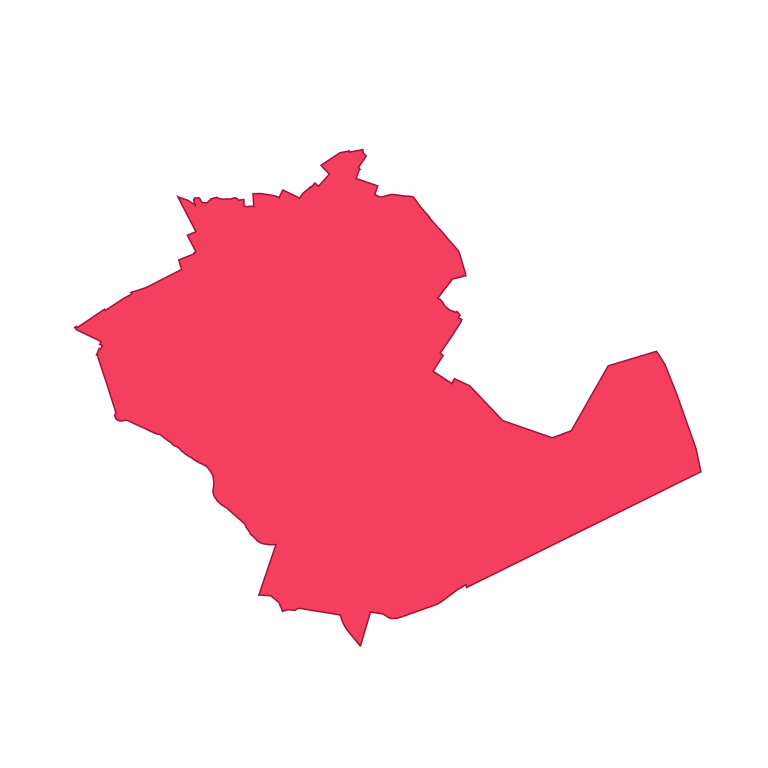 Oldambt, Groningen, Netherlands (Albers equal-area conic projection), rotated 72°
{"feature_id": "6326949B72784129724607", "entity_name": "Oldambt", "entity_type": "district", "adm_level": 2, "iso_a3": "NLD", "parent_name": "Netherlands", "parent_adm1": "Groningen", "projection": "albers", "projection_center": [7.028, 53.222], "detail": "fine", "context": "isolated", "style": "filled", "palette": "rose", "viewbox_px": 768, "rotation_deg": 72, "n_neighbors": 0, "source": "geoboundaries", "source_scale": "gbopen_adm2", "svg_char_len": 5978}
<svg xmlns="http://www.w3.org/2000/svg" viewBox="0 0 768 768"><g transform="rotate(72 384 384)"><path d="M330.9,650.2L332.0,649.8L334.1,649.7L334.7,649.6L335.1,649.3L336.6,647.9L336.9,647.6L337.2,647.2L337.6,646.5L337.7,646.3L337.9,645.8L338.1,644.7L338.4,643.4L338.5,642.0L338.6,641.4L339.1,640.0L339.4,639.3L339.6,639.0L340.5,638.0L342.9,635.5L343.7,634.7L344.9,633.5L346.5,631.7L348.0,630.0L351.5,626.1L356.8,620.7L358.9,618.4L360.7,616.2L361.1,615.8L361.3,615.6L361.7,614.9L362.1,613.6L362.4,613.2L362.9,612.6L363.2,612.3L364.4,611.6L367.2,609.8L368.4,608.8L370.0,607.7L371.9,606.5L372.9,605.5L373.6,605.0L374.4,604.6L376.2,603.8L377.3,603.1L377.5,602.9L378.0,602.4L378.8,601.3L379.2,600.8L380.4,599.9L381.9,598.7L382.5,598.4L382.7,598.2L384.7,597.5L385.5,596.9L386.7,596.1L388.7,594.9L389.2,594.5L392.5,592.0L392.7,591.8L393.2,591.0L393.5,590.7L394.1,590.3L395.4,589.4L396.4,588.7L398.7,586.9L401.1,584.7L402.2,583.7L403.6,582.0L404.9,580.7L406.6,579.0L407.7,578.2L408.2,577.9L408.9,577.7L410.3,577.2L412.2,576.4L413.4,576.0L414.9,575.7L417.1,575.2L418.7,575.1L420.1,575.3L422.1,575.7L423.8,576.0L425.5,576.4L426.1,576.6L427.6,577.2L429.3,578.0L431.2,579.0L432.2,579.4L433.3,579.8L435.0,580.1L435.7,580.2L437.9,580.2L438.7,580.1L439.1,580.1L439.7,579.9L440.8,579.4L443.1,578.8L444.2,578.4L445.3,577.8L446.5,577.2L447.7,576.4L448.9,575.6L449.7,575.0L450.6,574.3L451.9,573.1L452.6,572.4L473.9,559.8L474.9,559.6L476.1,559.5L477.9,559.3L478.5,559.1L479.5,558.7L482.1,558.0L483.6,557.6L485.0,557.5L485.8,557.3L486.6,556.9L488.2,555.8L489.5,555.0L491.8,553.9L493.1,553.4L494.1,552.9L494.7,552.4L496.5,550.9L497.8,549.5L498.4,548.5L500.1,545.5L501.1,543.4L501.5,542.4L502.1,540.8L502.4,539.8L503.1,536.8L503.3,536.4L513.0,543.6L546.1,568.3L546.4,567.1L547.0,565.7L548.1,562.9L549.3,559.6L549.5,559.2L549.9,558.8L550.0,558.6L550.4,557.0L550.6,556.7L550.8,556.8L551.1,556.6L552.4,556.0L552.6,555.8L553.2,555.2L553.9,554.8L555.3,554.0L556.9,553.1L559.1,551.6L559.8,551.3L560.2,551.2L562.0,551.4L562.4,551.4L562.7,551.4L564.0,550.9L568.9,550.9L568.8,549.8L568.8,549.3L568.9,548.6L569.0,544.8L569.7,543.3L570.6,541.3L570.8,541.1L571.5,539.7L571.7,539.2L571.8,539.0L571.7,538.5L571.7,538.2L571.0,535.9L570.9,535.4L571.0,535.1L571.0,534.7L571.3,533.6L571.5,533.2L580.9,514.9L585.1,506.7L585.4,506.0L587.4,502.4L588.7,500.0L590.2,496.9L593.6,497.1L594.7,497.1L596.9,496.9L598.0,496.8L600.2,496.6L601.3,496.4L603.5,495.9L605.7,495.3L607.8,494.6L625.8,487.6L625.6,487.2L596.7,467.3L601.8,457.2L603.5,455.1L607.7,451.8L609.3,449.6L610.9,444.0L610.9,436.0L609.9,401.8L609.1,397.5L602.3,377.5L600.3,368.8L600.1,367.9L601.0,367.9L602.2,368.3L603.1,368.4L602.9,366.9L602.6,365.2L583.3,232.5L565.4,109.7L541.8,107.2L483.6,108.7L451.9,110.8L437.1,114.7L436.0,165.2L486.3,220.3L487.2,240.5L455.5,282.4L412.2,303.0L411.5,303.6L411.3,304.0L401.6,314.4L400.7,315.2L402.1,316.9L402.4,317.2L404.8,319.0L387.1,333.4L375.1,318.9L374.7,319.1L373.4,320.1L372.4,320.9L372.1,321.1L358.3,303.1L357.8,302.6L357.6,302.4L354.5,298.6L348.6,291.4L346.9,290.4L346.6,290.0L344.2,293.0L342.0,290.4L341.3,290.7L339.3,291.3L338.6,291.7L337.5,292.5L338.1,293.5L335.8,296.1L335.6,296.4L335.3,296.9L335.0,297.5L334.2,298.6L333.6,299.2L333.4,299.0L332.2,299.9L331.7,300.2L330.3,301.0L328.6,301.9L327.2,302.3L326.2,302.6L323.8,303.1L323.2,303.4L321.3,304.2L320.9,304.4L320.6,304.6L320.2,305.1L319.1,306.4L306.4,287.9L305.3,288.0L306.3,272.6L302.1,272.3L283.0,271.8L281.7,271.9L280.9,272.0L279.8,272.3L278.8,272.7L272.1,275.6L268.1,277.3L264.3,279.0L262.9,279.4L253.7,283.2L251.8,284.4L249.3,285.4L244.3,287.6L240.0,289.4L239.8,289.5L239.6,289.1L227.1,294.4L215.9,298.0L215.5,298.3L214.9,298.8L214.6,299.3L213.5,301.3L211.9,305.6L206.1,317.7L206.0,318.1L206.0,318.9L205.7,322.0L205.5,323.8L205.5,324.5L205.7,325.6L205.6,327.5L205.4,328.5L204.9,329.9L204.7,330.3L204.3,330.8L203.7,331.4L200.9,334.2L193.7,328.7L180.0,346.9L172.3,341.0L172.4,340.4L170.1,341.3L161.7,330.3L161.3,330.6L158.4,332.2L158.3,332.4L157.9,332.4L157.6,332.3L157.0,332.1L156.8,332.0L155.5,331.9L154.5,331.7L152.8,345.3L151.4,345.1L151.4,345.4L151.5,345.4L151.3,347.8L150.4,354.3L153.2,364.5L156.5,376.3L160.3,374.7L165.6,372.1L166.3,371.7L167.4,370.8L175.6,385.2L171.5,387.5L174.2,392.2L173.7,392.5L177.7,402.5L181.3,406.9L178.9,409.1L168.2,420.3L174.3,426.2L172.9,427.5L172.6,427.9L170.9,430.4L169.5,433.0L169.2,433.6L164.9,441.9L162.5,449.8L174.9,453.0L174.1,455.0L173.7,455.9L173.5,456.6L173.4,457.2L173.2,458.9L173.0,459.6L172.9,459.8L172.6,460.2L171.9,461.3L171.6,461.9L171.5,462.0L171.2,462.0L166.1,460.5L165.3,460.2L165.0,460.8L164.6,464.0L164.5,464.8L164.5,465.0L164.3,465.2L164.0,465.5L161.9,466.7L161.5,467.1L161.1,467.6L161.0,468.0L160.8,468.4L160.7,469.0L160.9,469.0L160.7,470.0L160.7,470.7L160.7,471.2L160.9,471.9L158.0,481.2L155.3,485.3L155.2,485.4L154.7,485.3L154.5,491.8L155.2,491.8L155.6,493.4L156.9,496.2L156.9,496.4L156.8,496.8L156.0,499.3L155.0,500.8L154.5,501.1L153.1,501.6L152.9,501.7L151.4,501.6L150.7,501.9L149.7,502.6L149.5,502.9L149.5,503.0L148.7,506.3L149.0,506.2L149.2,506.4L149.5,507.0L149.5,507.3L149.4,507.4L149.5,507.5L149.9,508.2L150.1,508.3L150.3,508.3L151.3,508.1L152.0,508.0L152.3,508.1L152.1,508.2L152.7,508.3L153.7,508.5L155.6,508.5L153.1,510.2L152.5,510.7L150.1,512.6L148.7,513.7L143.3,521.0L142.2,522.2L149.7,521.0L181.0,515.8L181.2,517.5L181.6,523.0L181.8,523.9L181.8,525.1L199.8,522.1L200.3,522.1L200.4,522.3L200.4,522.5L200.5,523.8L200.5,524.1L200.7,524.3L201.5,524.3L201.7,526.3L201.8,529.1L202.6,540.8L203.8,540.9L212.5,541.1L217.8,574.4L218.8,580.7L218.7,596.5L220.0,595.8L220.5,596.5L220.6,596.8L220.7,597.5L222.3,605.7L224.9,615.5L227.8,625.7L227.9,625.9L227.8,626.0L227.9,626.3L226.5,626.7L235.4,657.7L235.4,657.8L235.3,658.0L234.1,658.5L234.6,660.8L237.5,659.6L256.2,640.0L256.3,640.2L256.6,640.4L258.6,642.2L260.4,640.1L263.2,642.7L262.2,643.8L267.6,648.5L267.9,647.7L291.4,647.7L296.0,647.6L299.9,647.6L328.2,647.8L328.3,647.7L330.9,650.2Z" fill="#f43f5e" stroke="#9f1239" stroke-width="1.5"/></g></svg>